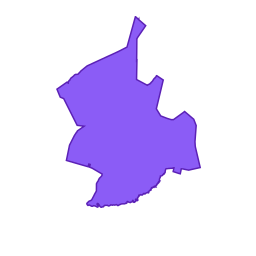 Kabwe, Central, Zambia (Albers equal-area conic projection), rotated 138°
{"feature_id": "96606910B72559103883158", "entity_name": "Kabwe", "entity_type": "district", "adm_level": 2, "iso_a3": "ZMB", "parent_name": "Zambia", "parent_adm1": "Central", "projection": "albers", "projection_center": [28.455, -14.458], "detail": "fine", "context": "isolated", "style": "filled", "palette": "violet", "viewbox_px": 256, "rotation_deg": 138, "n_neighbors": 0, "source": "geoboundaries", "source_scale": "gbopen_adm2", "svg_char_len": 5153}
<svg xmlns="http://www.w3.org/2000/svg" viewBox="0 0 256 256"><g transform="rotate(138 128 128)"><path d="M47.3,201.4L47.5,201.3L47.9,205.5L48.1,205.7L74.6,188.8L83.6,191.2L91.5,193.6L94.6,194.6L114.9,200.9L116.9,201.5L124.4,201.9L125.8,201.8L126.8,201.6L127.4,201.7L128.1,201.5L129.0,201.5L129.3,201.5L129.9,201.9L130.3,202.2L130.9,202.8L131.4,203.0L132.3,203.2L133.9,203.0L134.3,203.1L135.1,203.1L135.8,203.1L136.2,203.3L136.6,203.3L138.5,202.9L139.1,202.5L139.3,202.5L139.6,202.7L140.4,202.6L140.8,202.3L141.2,202.3L142.0,202.0L142.2,201.4L142.4,201.3L142.5,201.5L142.4,202.2L142.6,202.6L142.9,202.5L142.6,202.7L142.6,202.9L154.8,204.4L156.9,198.6L157.7,196.2L156.1,192.9L164.0,164.0L159.4,158.7L167.5,159.7L168.7,159.2L169.0,159.3L172.8,158.3L182.9,154.4L195.5,145.1L183.6,126.0L181.2,127.4L180.5,126.2L182.8,124.7L181.5,122.0L178.5,112.6L178.0,111.2L179.2,110.1L180.3,109.9L182.1,109.8L182.8,109.8L184.3,109.3L185.9,108.5L186.4,108.5L186.8,108.4L188.5,107.8L189.0,107.4L191.0,105.2L193.7,102.3L197.6,101.0L197.9,100.8L199.8,100.1L203.1,98.9L204.0,99.0L206.1,99.7L206.8,99.7L207.6,99.6L208.4,99.6L209.0,99.5L209.2,99.3L209.4,99.0L209.6,98.4L209.6,97.3L209.3,97.1L208.6,96.9L208.3,96.6L207.8,95.4L207.5,94.4L206.9,93.7L206.3,93.4L205.6,93.3L205.2,92.9L204.4,91.6L203.9,90.2L203.7,89.7L203.4,89.5L202.9,89.5L202.7,89.6L202.4,90.0L202.3,90.3L202.2,91.7L202.0,92.1L201.4,92.4L201.0,92.2L200.8,91.7L200.8,91.1L201.0,89.8L201.3,88.7L201.3,88.4L201.2,87.6L201.1,87.3L200.8,86.9L200.3,86.7L199.6,86.4L199.2,86.0L198.8,85.9L198.6,85.9L197.8,86.2L197.4,86.2L197.1,86.1L195.6,84.8L195.1,84.4L194.9,83.9L194.8,83.3L194.5,83.0L194.0,82.7L193.5,82.5L192.1,82.4L191.8,81.9L191.5,81.3L191.2,81.0L190.9,81.0L190.7,80.9L190.3,80.5L190.0,80.4L189.6,79.7L189.2,79.4L187.9,78.9L187.7,78.4L187.7,77.5L187.2,77.0L186.9,77.0L186.7,76.8L185.8,76.7L185.5,76.7L184.7,76.2L184.4,76.2L184.2,76.1L183.9,76.1L183.0,75.5L182.9,75.3L182.5,75.1L182.2,74.7L181.9,74.6L181.5,74.1L180.8,73.7L180.1,73.7L179.8,73.2L179.3,73.1L178.9,73.1L178.4,73.4L178.0,73.8L177.8,73.9L177.6,73.8L177.3,73.4L177.1,72.4L176.7,71.8L176.6,71.6L176.2,71.0L175.2,71.0L175.0,70.8L174.8,70.5L174.6,70.3L173.7,70.5L173.4,70.9L172.8,70.9L172.8,70.6L173.1,70.3L173.2,69.9L173.0,69.6L172.9,69.4L173.4,68.9L173.3,68.7L172.9,68.5L172.4,68.5L172.1,68.4L171.7,68.5L171.4,68.4L171.0,68.4L170.5,69.1L170.4,69.2L170.4,69.6L170.3,69.8L170.0,69.9L169.8,69.9L169.6,69.7L169.6,69.4L169.7,68.1L169.5,67.7L169.0,67.8L168.9,67.8L168.6,68.5L168.3,68.8L168.2,69.1L167.9,69.4L167.7,69.7L167.4,69.8L167.2,69.8L166.9,69.8L166.4,70.0L166.3,69.9L166.0,70.0L165.8,69.9L165.5,69.9L165.2,70.3L165.0,70.8L164.9,70.8L164.5,70.6L164.4,70.4L164.2,70.2L163.5,70.1L163.5,69.9L163.4,69.8L163.0,69.8L162.6,68.9L162.4,68.8L162.2,68.8L162.0,68.6L161.8,68.7L161.3,68.7L161.1,68.8L160.9,68.7L160.7,68.7L160.4,68.8L160.3,68.7L160.2,68.8L160.0,68.7L159.6,68.3L159.6,68.1L159.8,67.9L159.5,67.6L158.9,67.6L158.7,67.6L157.7,67.5L157.2,67.1L156.7,67.1L156.4,67.0L156.2,66.6L156.4,66.5L156.5,66.6L156.4,66.4L156.2,66.1L155.9,66.1L155.7,66.2L155.5,66.4L155.5,66.7L155.3,66.8L155.1,66.8L154.5,67.0L154.3,66.9L153.7,66.9L153.2,66.7L152.9,66.9L152.8,67.1L152.7,67.1L152.4,67.0L152.4,66.9L152.3,66.7L152.2,66.8L151.9,66.9L151.9,67.0L152.0,67.1L151.7,67.3L151.4,67.4L151.1,67.6L150.7,67.7L150.6,67.8L150.2,67.8L150.1,67.6L150.1,67.2L149.6,67.2L149.3,67.4L149.2,67.3L149.2,67.2L148.9,67.1L148.7,67.1L148.7,66.8L148.4,66.7L148.3,66.9L148.1,66.8L148.1,66.6L147.8,66.7L147.8,66.8L147.5,67.1L147.4,67.1L147.2,67.0L147.0,66.7L147.2,66.0L147.0,65.8L147.0,66.0L146.9,66.0L146.8,65.8L146.6,65.9L146.2,66.1L145.7,66.2L145.7,66.4L145.1,66.3L145.0,66.5L144.8,66.5L144.4,66.9L144.2,66.9L143.9,66.9L143.9,66.7L143.7,66.7L143.1,66.7L143.1,66.8L142.9,66.9L142.9,67.1L142.7,67.2L141.9,66.8L141.7,66.8L141.6,67.0L141.4,67.0L141.5,67.2L141.4,67.4L141.3,67.6L141.0,67.6L140.7,67.5L140.3,67.6L140.2,67.5L140.1,67.4L139.9,67.3L139.7,67.3L139.8,67.6L139.7,67.7L139.7,67.8L139.5,68.3L139.2,68.6L138.3,69.3L137.2,69.7L136.9,69.8L136.1,70.6L135.9,70.5L135.1,70.0L134.4,69.8L134.0,69.7L133.7,69.9L133.5,70.0L133.2,70.0L132.8,69.8L132.5,69.9L132.2,70.1L132.0,69.8L131.8,69.6L131.5,69.7L131.5,69.8L131.3,70.1L130.3,70.1L130.1,70.2L130.1,70.3L129.6,70.6L129.4,70.9L128.0,71.9L127.7,72.0L127.4,72.2L127.1,72.2L126.8,72.2L125.8,71.3L124.4,70.4L124.1,70.0L123.5,69.7L123.0,69.2L122.2,68.6L121.8,68.3L121.0,68.1L120.5,67.7L123.6,65.4L120.5,60.0L119.8,59.0L115.7,62.0L115.2,61.5L114.4,60.6L113.8,59.7L111.1,56.1L100.8,50.3L90.7,68.7L89.8,70.0L87.4,73.0L75.7,84.2L73.3,90.5L74.9,102.4L76.6,102.5L88.6,103.8L90.3,105.3L92.4,108.8L95.6,115.1L94.1,123.3L69.7,140.1L71.6,147.6L71.8,147.8L72.0,147.8L72.4,147.5L73.0,147.3L73.6,147.4L73.8,147.3L73.8,147.2L74.3,147.1L74.8,147.3L75.1,147.2L75.5,147.2L76.3,147.1L77.1,146.8L77.5,146.8L78.1,146.5L79.0,146.4L80.2,146.4L80.5,146.2L80.8,146.3L81.0,146.2L81.7,146.3L82.3,146.1L82.7,146.4L83.1,146.4L83.7,146.6L84.0,146.8L84.3,146.9L84.7,146.7L85.1,146.8L85.3,147.5L89.2,158.3L76.2,172.2L76.6,172.2L71.5,177.7L62.8,187.2L62.4,187.6L62.1,187.9L62.0,188.3L59.7,189.0L46.4,192.2L47.5,201.1L47.3,201.4Z" fill="#8b5cf6" stroke="#5b21b6" stroke-width="1.5"/></g></svg>